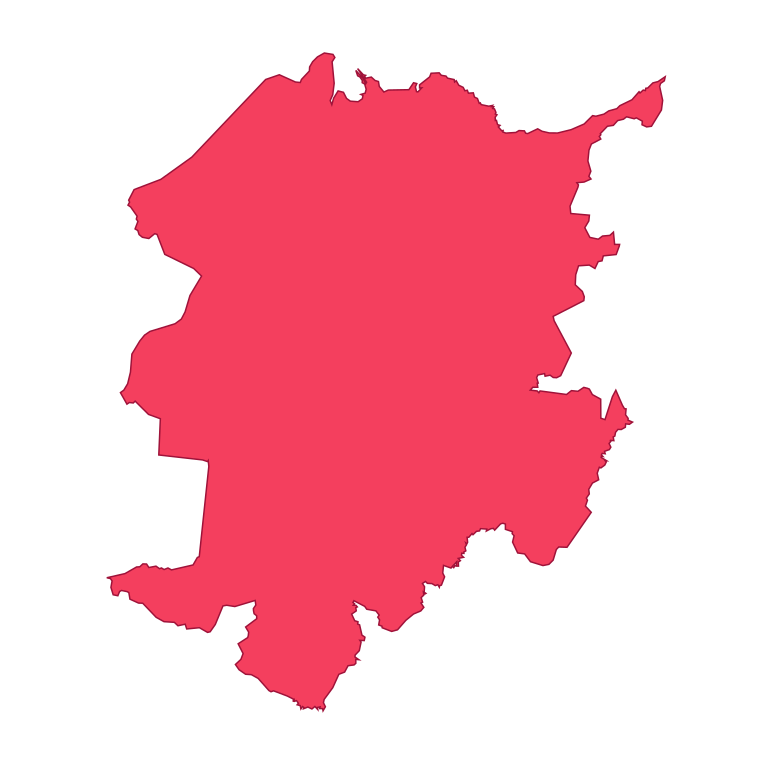 outline of Mahates, Bolívar, Colombia, rotated 2°
{"feature_id": "7082276B15071329852388", "entity_name": "Mahates", "entity_type": "district", "adm_level": 2, "iso_a3": "COL", "parent_name": "Colombia", "parent_adm1": "Bolívar", "projection": "orthographic", "projection_center": [-75.154, 10.168], "detail": "fine", "context": "isolated", "style": "filled", "palette": "rose", "viewbox_px": 768, "rotation_deg": 2, "n_neighbors": 0, "source": "geoboundaries", "source_scale": "gbopen_adm2", "svg_char_len": 6084}
<svg xmlns="http://www.w3.org/2000/svg" viewBox="0 0 768 768"><g transform="rotate(2 384 384)"><path d="M113.7,587.3L117.4,588.0L119.1,590.3L118.2,596.8L120.7,604.1L125.4,604.9L127.0,600.6L128.9,599.5L134.7,600.5L136.3,601.5L137.6,607.9L146.3,611.5L150.5,611.5L164.4,625.1L172.4,629.2L182.8,629.5L186.5,632.8L193.7,631.0L195.4,635.7L208.0,634.0L216.3,638.4L218.9,637.7L223.8,630.2L230.8,611.4L234.5,610.6L242.7,611.6L262.8,604.8L263.6,609.4L261.3,613.0L261.5,615.2L262.2,618.1L264.8,620.0L265.0,623.0L254.2,631.7L257.4,636.7L257.1,640.4L256.6,642.2L247.3,648.7L252.6,658.3L250.6,664.2L245.3,669.5L249.1,674.6L255.8,678.9L261.6,679.1L268.5,682.6L279.7,694.4L281.8,695.5L284.3,694.5L298.2,699.2L304.5,702.1L304.3,704.7L305.3,702.8L305.7,704.2L307.6,703.5L309.6,706.0L308.4,707.6L311.5,708.3L312.3,711.6L313.8,709.2L315.1,710.0L314.8,711.4L319.2,709.5L323.3,711.3L326.2,708.7L329.0,711.5L328.5,709.6L331.4,708.9L330.9,710.6L334.0,710.6L334.5,712.7L336.7,708.6L334.6,704.6L335.2,701.3L343.4,689.3L349.0,675.7L354.7,673.3L357.9,666.8L363.9,665.8L365.6,664.1L365.4,660.2L368.5,660.4L364.5,657.8L364.6,655.9L368.6,651.4L370.1,642.7L368.8,641.0L373.2,641.1L373.8,637.7L370.7,635.7L368.0,625.5L366.1,624.9L366.3,622.5L363.0,621.6L359.7,615.1L364.2,611.7L363.6,608.5L365.1,607.7L363.6,606.1L361.1,606.2L362.2,604.7L360.6,603.4L361.5,601.6L372.5,606.9L374.6,609.7L383.8,611.0L387.2,615.1L385.9,617.2L387.8,619.9L387.1,625.0L390.4,626.1L390.7,627.7L400.3,631.0L406.1,629.2L414.1,619.4L421.6,612.8L428.7,609.5L431.6,605.8L428.6,601.6L430.2,600.7L428.6,596.2L431.1,593.6L430.7,590.9L432.2,592.4L433.2,591.8L431.4,590.7L431.6,585.2L429.4,582.0L432.3,579.9L434.3,581.7L438.9,581.8L442.3,583.7L444.8,582.7L446.4,585.2L446.7,583.5L448.4,583.0L451.3,574.6L449.3,570.9L449.8,563.2L457.4,565.6L458.7,563.9L460.1,565.1L461.2,563.1L459.8,562.6L462.8,559.2L462.6,563.5L464.8,563.4L464.5,559.3L466.5,557.9L464.3,555.7L469.6,554.4L467.5,552.6L467.6,550.4L469.8,550.5L469.6,549.2L471.6,547.9L470.6,544.3L472.0,541.9L471.3,540.0L472.4,540.8L473.1,539.3L472.4,534.3L474.1,534.2L477.2,530.4L478.2,531.5L481.6,528.0L484.6,527.5L485.5,525.2L491.8,525.4L491.4,527.4L495.8,524.9L498.4,524.5L499.7,526.2L505.4,519.7L507.6,519.0L510.2,519.7L510.4,525.0L517.5,527.1L517.3,529.1L519.3,531.1L518.0,537.5L523.5,548.2L530.5,548.9L536.6,556.5L549.2,559.9L555.1,558.5L559.2,554.1L562.0,543.4L564.3,540.8L572.6,540.8L595.6,505.0L589.6,499.0L591.4,493.0L590.2,491.0L593.0,486.7L592.3,482.1L595.8,475.7L601.9,472.2L600.2,465.7L602.1,459.7L603.7,460.3L607.5,457.3L608.8,454.3L607.8,453.1L609.3,453.0L603.6,449.8L603.8,448.5L605.2,448.7L603.8,447.3L604.5,445.7L607.5,446.0L606.7,443.6L611.5,441.7L612.9,439.2L611.0,435.6L612.9,433.1L611.7,432.4L615.7,432.6L614.9,428.9L616.5,428.0L617.1,424.2L619.4,421.2L622.7,421.2L626.7,418.8L626.9,415.4L630.7,415.7L633.7,413.4L629.1,411.6L629.2,409.8L626.5,406.4L626.8,400.4L625.2,400.3L623.0,396.9L615.9,382.1L612.7,388.7L606.1,411.9L601.9,410.6L601.1,391.6L592.6,387.3L589.4,381.9L587.5,381.2L583.8,380.4L578.1,384.5L571.5,384.1L566.8,388.1L540.2,385.5L539.1,387.3L537.3,385.6L530.4,385.0L532.8,382.1L537.8,381.9L537.1,377.9L538.1,377.7L536.3,372.3L537.5,369.6L544.1,368.0L544.7,370.6L549.7,369.4L552.9,371.6L556.3,371.7L560.3,369.5L570.1,346.5L551.8,314.8L550.7,310.5L580.8,293.7L581.1,289.8L579.0,284.6L571.7,278.2L571.8,268.1L574.3,259.1L585.0,258.0L590.8,261.2L593.8,254.2L597.6,253.3L598.7,248.3L611.5,246.5L614.3,238.0L614.6,236.3L609.6,236.4L608.0,224.2L604.5,227.6L597.2,228.5L593.1,231.8L584.6,230.3L579.2,220.8L583.0,213.9L583.4,208.1L564.7,207.1L563.7,199.8L570.9,180.7L571.4,178.3L569.7,176.1L576.9,175.2L583.7,171.9L581.5,169.3L583.3,164.1L580.0,154.0L580.7,143.1L582.9,136.9L592.1,131.6L590.5,129.1L592.0,127.4L591.4,126.3L598.3,118.6L604.2,117.5L608.3,112.6L614.1,111.0L617.1,108.5L624.8,110.2L626.9,109.2L633.0,112.3L632.8,115.9L637.5,117.9L642.3,117.1L651.7,100.5L652.6,90.8L649.1,77.0L649.9,74.0L653.6,71.2L654.3,67.1L647.3,72.2L642.2,73.7L637.2,79.0L635.3,79.3L635.0,81.6L632.8,81.2L629.7,84.2L628.7,83.0L621.9,91.3L610.0,97.6L607.1,100.7L599.1,103.2L594.4,106.6L586.4,109.0L583.1,108.5L574.9,117.2L562.1,123.3L548.7,127.1L540.4,127.3L533.1,125.9L528.7,123.6L518.9,128.7L516.8,128.4L515.5,126.1L510.1,126.0L507.0,128.0L497.0,129.0L494.0,128.0L494.2,126.5L492.8,126.8L489.3,123.1L490.9,121.5L488.4,120.8L487.2,116.6L486.1,116.8L485.8,113.5L487.5,111.0L485.8,110.3L486.4,108.7L484.8,105.2L483.0,104.9L484.0,103.1L481.9,103.1L482.8,101.8L479.0,102.7L471.4,101.4L470.4,99.7L469.4,100.2L467.4,95.4L464.4,94.1L463.1,89.9L458.2,90.4L457.0,87.5L454.6,88.1L452.8,84.8L448.3,82.8L445.6,78.4L444.0,79.7L443.5,77.3L436.8,76.1L435.2,74.1L430.5,73.5L428.3,71.1L420.2,71.8L418.9,75.5L409.1,83.8L409.2,86.9L411.4,86.7L407.7,90.9L406.3,90.7L405.0,86.0L406.3,82.6L403.0,81.9L398.6,89.0L378.0,90.1L373.7,92.2L368.9,86.8L367.9,81.9L364.5,81.0L360.6,77.7L355.1,79.0L353.8,77.5L354.9,76.2L352.6,75.7L346.6,69.7L356.1,83.0L355.2,84.7L352.3,79.2L344.9,71.6L346.9,76.9L349.2,78.0L351.7,81.4L351.7,83.6L354.2,84.9L355.9,90.1L355.0,94.0L350.8,95.4L352.9,96.4L352.4,99.7L348.3,102.8L340.5,102.5L336.6,99.9L333.3,93.9L327.9,92.7L323.7,100.1L322.1,106.7L320.3,102.6L322.7,96.7L323.7,85.2L320.9,63.8L323.5,59.4L321.5,56.4L312.8,55.3L306.1,59.4L301.5,64.3L298.6,69.7L298.5,73.8L290.9,82.5L289.8,85.6L285.0,85.3L268.6,78.6L255.1,83.8L184.0,164.0L153.8,187.3L127.5,198.4L122.4,209.2L123.4,211.1L121.9,214.2L124.6,215.9L131.4,224.9L130.7,227.8L132.4,230.1L129.8,237.7L132.6,239.2L134.0,243.2L137.4,245.8L143.9,246.8L149.6,241.8L152.0,242.4L160.4,262.1L189.8,275.2L197.9,282.5L187.0,302.3L182.7,318.9L179.2,326.2L173.0,331.1L148.3,339.6L143.0,343.5L138.4,349.6L131.0,362.9L130.2,381.0L127.8,392.7L124.2,399.2L120.9,401.8L127.8,413.1L130.1,411.4L134.1,411.7L135.9,409.8L149.7,422.6L161.7,426.5L161.4,462.8L205.3,466.2L210.4,467.7L211.0,466.7L211.8,472.5L205.4,563.0L203.5,563.9L199.5,571.5L178.1,577.2L174.5,575.4L170.7,577.1L168.0,575.6L166.1,576.4L162.5,574.0L155.4,575.6L153.0,572.2L149.3,572.2L146.3,575.2L143.1,575.5L131.8,582.5L113.7,587.3Z" fill="#f43f5e" stroke="#9f1239" stroke-width="1.5"/></g></svg>